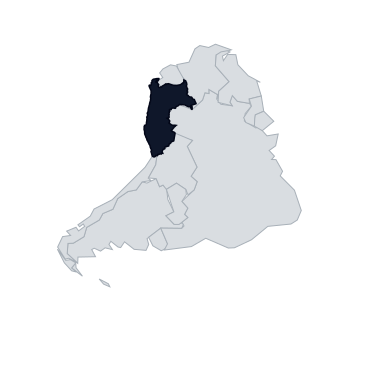 where Peru sits in South America, rotated 38°
{"feature_id": "PER", "entity_name": "Peru", "entity_type": "country or territory", "adm_level": 0, "iso_a3": "PER", "parent_name": "South America", "parent_adm1": "", "projection": "albers", "projection_center": [-73.974, -9.194], "detail": "fine", "context": "in_parent", "style": "filled", "palette": "ink", "viewbox_px": 384, "rotation_deg": 38, "n_neighbors": 12, "source": "natural_earth", "source_scale": "50m", "svg_char_len": 9737}
<svg xmlns="http://www.w3.org/2000/svg" viewBox="0 0 384 384"><g transform="rotate(38 192 192)"><path d="M144.0,319.4L147.3,323.1L157.5,325.8L143.9,326.0L144.0,319.4ZM189.6,239.7L185.3,256.4L190.2,260.0L191.7,266.3L181.7,272.8L169.5,272.8L170.0,279.7L167.6,280.9L158.4,280.8L158.8,284.4L164.7,286.4L157.9,289.5L156.3,294.9L149.6,296.5L148.4,299.1L155.8,302.4L142.2,313.5L145.9,318.6L131.6,317.4L125.9,308.9L130.0,305.4L134.4,293.7L130.8,284.7L136.2,271.1L135.0,263.8L140.3,254.3L137.5,242.9L141.2,231.1L146.8,224.7L146.5,214.7L151.0,212.7L155.5,203.5L163.2,207.8L164.9,204.4L169.6,204.7L177.6,212.8L189.9,218.8L186.1,226.8L197.9,228.5L204.7,221.1L206.3,227.0L189.6,239.7Z" fill="#d9dde1" stroke="#a8b0b8" stroke-width="1"/><path d="M144.0,319.4L143.9,326.0L150.3,326.2L145.7,328.2L135.0,326.4L121.1,319.9L134.6,323.6L137.8,320.2L144.0,319.4ZM142.0,184.9L146.7,192.9L149.0,207.8L152.5,208.3L146.5,214.7L146.8,224.7L141.2,231.1L137.5,242.9L140.3,254.3L135.0,263.8L136.2,271.1L130.8,284.7L134.4,293.7L130.0,305.4L125.9,308.9L131.6,317.4L144.3,318.4L135.6,320.1L133.4,322.9L120.0,318.1L117.5,306.8L123.1,301.0L117.3,300.0L122.3,291.2L126.6,292.5L128.6,285.1L126.0,284.2L124.8,288.6L122.3,288.1L126.7,273.7L125.3,265.7L133.9,247.2L139.8,201.4L138.7,188.2L142.0,184.9Z" fill="#d9dde1" stroke="#a8b0b8" stroke-width="1"/><path d="M172.4,317.7L182.6,315.8L185.6,317.3L179.2,319.0L172.4,317.7Z" fill="#d9dde1" stroke="#a8b0b8" stroke-width="1"/><path d="M189.6,239.7L204.6,247.9L206.8,250.7L204.0,257.2L194.3,258.5L185.7,254.4L189.6,239.7Z" fill="#d9dde1" stroke="#a8b0b8" stroke-width="1"/><path d="M205.9,254.8L204.6,247.9L189.6,239.7L206.3,227.0L206.6,223.7L202.6,221.8L204.4,214.7L199.9,214.2L198.6,207.3L189.8,205.7L192.4,189.0L189.7,180.7L181.6,180.2L180.6,169.3L160.2,159.0L160.6,151.1L148.0,156.4L138.3,156.2L138.7,149.6L131.4,152.0L126.9,149.4L123.7,140.9L128.4,131.1L141.4,126.9L143.7,113.1L141.1,105.8L144.7,104.0L142.1,100.8L152.1,99.5L154.1,103.5L160.8,105.1L170.6,99.3L166.6,97.9L164.4,91.2L172.0,92.6L182.7,86.8L186.0,87.8L185.6,97.4L189.5,103.8L203.0,102.2L203.2,99.2L216.5,101.6L224.2,93.2L229.5,104.1L227.2,111.8L234.9,113.0L234.7,117.4L238.2,114.8L250.6,119.9L251.6,125.0L271.6,127.5L289.5,139.3L292.2,149.3L289.7,156.3L272.9,172.4L268.3,193.0L259.8,209.8L255.1,213.8L231.3,220.0L225.1,235.4L205.9,254.8Z" fill="#d9dde1" stroke="#a8b0b8" stroke-width="1"/><path d="M142.6,156.0L160.6,151.1L160.2,159.0L180.6,169.3L181.6,180.2L189.7,180.7L192.4,189.0L190.6,196.7L185.5,193.8L174.3,194.6L170.2,205.7L164.9,204.4L163.2,207.8L155.5,203.5L149.0,207.8L146.7,192.9L142.0,184.9L146.2,163.1L142.6,156.0Z" fill="#d9dde1" stroke="#a8b0b8" stroke-width="1"/><path d="M155.0,103.0L152.1,99.5L142.1,100.8L144.7,104.0L141.1,105.8L143.7,113.1L141.4,126.9L138.0,124.4L140.8,120.0L127.7,118.1L118.8,108.3L108.6,106.4L101.6,100.9L109.7,91.6L106.2,77.3L108.0,71.8L116.1,67.9L119.5,61.1L135.4,55.8L126.7,69.1L132.7,78.2L153.3,82.2L151.0,96.2L155.0,103.0Z" fill="#d9dde1" stroke="#a8b0b8" stroke-width="1"/><path d="M182.7,86.8L172.0,92.6L164.4,91.2L166.6,97.9L170.6,99.3L157.4,105.3L151.0,96.2L153.3,82.2L132.7,78.2L126.7,69.1L128.6,63.7L132.8,59.0L135.7,58.3L132.3,66.2L135.9,69.2L135.4,61.6L142.0,56.8L149.8,63.5L164.7,65.8L178.3,63.5L174.5,64.6L187.5,73.7L179.8,83.5L182.7,86.8Z" fill="#d9dde1" stroke="#a8b0b8" stroke-width="1"/><path d="M200.6,101.7L191.7,104.1L186.9,101.6L186.0,87.8L179.8,83.5L187.5,73.7L198.8,84.2L194.4,92.2L200.6,101.7Z" fill="#d9dde1" stroke="#a8b0b8" stroke-width="1"/><path d="M209.6,100.4L200.6,101.7L196.2,95.4L194.4,92.2L198.8,84.2L212.9,85.9L209.6,100.4Z" fill="#d9dde1" stroke="#a8b0b8" stroke-width="1"/><path d="M117.6,108.8L116.9,114.9L106.9,121.2L103.5,128.0L95.7,127.6L98.5,119.8L93.2,118.1L93.3,113.0L96.8,105.0L102.2,102.3L117.6,108.8Z" fill="#d9dde1" stroke="#a8b0b8" stroke-width="1"/><path d="M189.2,197.5L189.8,205.7L198.6,207.3L199.9,214.2L204.4,214.7L201.8,225.5L197.9,228.5L186.1,226.8L189.9,218.8L170.2,205.7L174.3,194.6L185.5,193.8L189.2,197.5Z" fill="#d9dde1" stroke="#a8b0b8" stroke-width="1"/><path d="M141.1,126.6L141.1,126.9L141.0,127.0L140.7,127.0L140.4,126.8L140.2,126.9L139.9,126.9L139.6,126.6L139.5,126.4L139.2,126.2L138.7,126.3L138.2,126.3L137.8,126.2L137.5,126.3L137.2,126.5L137.0,126.8L136.7,127.1L136.0,127.2L135.6,127.2L135.3,127.4L134.7,127.4L134.4,127.6L133.0,127.7L132.4,128.0L131.9,128.3L131.2,128.8L130.8,128.9L130.2,129.4L129.6,129.9L129.3,130.1L128.7,130.3L128.4,130.4L128.3,130.5L128.1,132.0L128.0,132.6L127.6,133.3L127.2,133.9L127.0,134.3L126.9,134.7L127.0,134.9L127.3,135.7L127.4,136.0L127.3,136.3L127.2,136.5L126.9,136.7L126.5,136.7L125.8,137.2L124.9,137.9L124.7,138.2L124.5,138.9L124.5,139.2L124.7,139.4L124.8,139.7L124.8,140.0L124.7,140.1L124.2,140.1L123.9,140.2L123.8,140.3L123.8,140.6L123.8,140.8L123.6,141.0L124.1,141.5L124.4,141.8L124.6,141.9L124.8,142.0L124.8,142.4L124.6,142.5L125.0,143.1L125.1,143.3L125.3,143.6L125.3,143.8L125.5,144.1L125.6,144.3L125.6,144.5L126.2,145.0L126.4,145.1L126.4,145.5L126.6,145.8L127.0,146.1L128.0,147.3L128.0,147.9L127.0,149.2L127.8,149.2L128.7,149.2L129.6,149.4L130.2,149.5L130.5,149.6L130.8,149.8L131.0,150.4L131.1,150.8L131.4,151.1L131.4,151.8L133.8,151.8L135.0,151.7L135.4,151.6L135.9,151.1L136.3,151.0L136.6,150.8L136.9,150.3L137.2,150.2L137.5,149.9L137.8,149.7L138.0,149.5L138.4,149.3L138.3,149.6L138.2,149.8L138.2,150.1L138.3,150.5L138.2,150.8L138.0,151.0L137.9,156.2L138.1,156.1L138.4,156.0L138.7,156.3L139.0,156.5L139.4,156.5L139.7,156.4L140.4,156.1L140.8,155.9L141.3,155.9L142.0,156.0L142.4,156.0L146.1,162.9L145.8,163.3L145.8,163.7L145.6,163.9L145.4,164.0L145.1,164.3L144.9,164.5L144.9,166.7L144.8,167.2L144.7,167.6L144.4,168.0L144.6,168.4L144.8,169.3L145.0,169.5L145.2,169.8L145.3,170.1L145.2,170.3L144.8,170.4L144.7,170.6L144.6,171.0L144.2,171.4L143.8,171.9L143.7,172.0L143.5,172.6L143.2,172.8L143.1,173.2L143.1,173.6L143.3,173.9L143.9,174.6L143.9,174.8L143.6,175.2L143.4,175.5L142.9,176.4L142.9,176.5L143.0,176.9L143.7,178.8L143.8,178.9L144.0,179.1L144.4,179.1L144.9,179.3L145.2,179.5L144.5,180.0L144.4,180.2L144.4,180.5L144.5,180.9L144.3,181.0L144.0,181.2L143.7,181.4L143.4,181.8L142.9,182.4L142.8,182.6L142.7,182.8L142.4,182.9L141.9,183.3L141.8,183.5L142.2,183.9L142.3,184.1L142.4,184.4L142.4,184.6L142.1,184.9L141.6,185.2L141.1,185.3L140.9,185.5L141.0,185.8L141.1,186.3L141.1,186.7L141.0,187.2L140.6,187.6L140.0,188.0L139.5,188.1L139.1,188.1L138.7,188.2L138.2,187.9L136.9,186.9L136.4,186.4L135.9,186.2L134.7,185.3L134.6,185.1L134.5,184.2L134.3,183.9L133.9,183.6L132.9,183.2L132.5,183.0L132.1,182.6L131.5,182.4L130.9,181.8L130.5,181.4L130.0,181.1L128.7,180.7L128.0,180.2L126.7,179.7L126.1,179.3L124.8,178.9L124.4,178.6L123.0,177.6L122.1,177.3L121.3,176.7L119.0,175.4L118.6,175.0L118.3,174.4L117.7,174.0L117.2,173.2L116.3,172.7L115.5,172.0L115.2,171.4L114.6,170.7L114.5,170.3L114.0,169.9L113.9,169.1L113.6,168.7L113.8,168.5L114.1,168.4L114.4,167.2L114.2,166.5L113.4,165.4L113.0,164.8L112.8,164.1L112.5,163.7L111.9,162.9L111.6,162.1L110.9,161.5L110.7,161.3L110.6,161.0L110.2,160.8L110.2,160.2L109.9,159.1L109.6,158.5L108.2,157.5L108.1,157.1L108.0,156.3L107.7,155.5L106.2,153.0L105.8,152.2L105.4,151.0L105.0,150.3L104.6,149.1L104.0,148.2L103.7,147.4L103.3,146.4L103.2,145.8L102.5,144.9L102.1,144.0L101.5,143.3L100.8,142.8L100.5,142.4L99.6,140.6L99.5,140.1L98.8,139.1L98.2,138.4L97.8,137.8L97.3,137.3L94.2,135.7L93.2,135.1L92.8,134.8L92.6,134.3L92.7,134.0L93.0,133.7L93.4,133.9L93.7,133.8L93.9,133.4L93.9,132.9L93.6,132.2L92.6,130.9L92.7,130.6L92.9,130.3L92.5,129.6L92.0,129.1L91.8,128.7L92.0,127.2L92.2,126.8L93.7,125.2L94.1,124.6L94.7,124.2L95.3,123.5L96.1,123.0L96.3,123.2L96.4,123.5L96.5,123.6L96.5,123.9L96.6,124.0L96.6,124.4L96.6,124.6L96.6,124.8L96.8,125.2L96.7,125.3L96.4,125.5L96.0,125.7L95.7,125.6L95.4,125.8L95.4,126.0L95.4,126.3L95.5,126.5L96.1,126.6L95.5,127.4L95.5,127.6L95.8,127.7L96.3,127.5L96.7,127.1L97.0,127.0L97.3,127.1L97.8,127.4L98.3,127.6L98.5,127.8L99.2,127.7L99.7,128.0L99.8,128.6L100.0,129.0L100.5,129.7L100.8,129.8L101.2,129.8L101.6,130.0L101.8,129.9L102.1,129.4L102.3,129.4L102.3,129.2L102.4,128.7L102.6,128.5L103.3,128.1L103.4,127.6L103.3,127.3L103.3,127.0L103.6,126.3L103.9,125.5L104.0,125.4L104.2,124.9L104.4,124.6L104.4,124.3L104.5,124.2L104.5,123.8L104.7,123.1L104.8,122.9L105.0,123.0L105.2,123.3L105.4,123.3L105.5,123.2L105.4,123.0L105.4,122.9L105.4,122.7L106.5,121.4L106.8,121.1L109.0,120.4L111.9,119.3L114.5,117.4L116.4,115.1L116.8,114.7L117.5,112.1L117.7,112.3L118.0,112.3L118.1,112.2L118.0,111.2L118.0,110.9L118.1,110.6L117.8,110.3L117.4,109.9L117.2,109.5L117.1,109.2L116.5,108.8L116.5,108.6L117.1,108.8L117.7,108.7L118.0,108.6L118.2,108.3L118.4,108.3L118.6,108.3L119.2,108.8L119.5,108.9L119.7,109.0L119.9,109.0L120.1,109.0L120.3,109.4L120.6,109.5L120.9,109.7L121.6,110.3L121.8,110.6L122.0,111.1L122.1,111.4L122.2,111.6L122.2,111.8L122.4,112.1L122.5,112.3L122.8,112.4L123.4,112.5L123.7,112.8L123.9,113.0L124.2,113.3L124.5,113.4L124.8,113.3L125.1,113.5L125.3,113.8L125.5,114.2L125.7,114.4L125.8,114.7L125.7,115.2L125.8,115.4L126.1,115.6L126.5,115.8L126.8,115.8L127.0,115.8L127.1,116.0L127.4,117.1L127.3,117.4L127.2,117.7L127.3,118.0L128.0,118.2L128.2,118.5L128.5,118.5L128.8,118.5L129.2,118.5L129.5,118.3L130.6,118.6L131.0,118.6L131.4,118.5L131.7,118.4L132.1,118.2L132.4,118.2L132.6,118.0L133.2,117.5L133.4,117.5L134.3,117.8L134.5,118.0L134.8,118.1L135.0,118.3L135.4,118.3L135.8,118.2L136.2,117.9L136.8,117.7L137.1,117.8L138.0,118.3L138.2,118.6L138.5,118.7L138.8,118.8L139.2,119.0L139.5,119.1L139.8,119.2L140.0,119.5L140.3,119.6L140.6,119.7L140.8,119.9L140.8,120.0L140.7,120.1L137.8,124.6L138.7,125.0L138.9,125.0L139.2,124.9L139.3,124.8L139.5,124.7L139.9,125.0L140.1,125.5L140.3,125.8L140.6,126.0L140.9,126.3L141.1,126.6Z" fill="#0f172a" stroke="#020617" stroke-width="1.5"/></g></svg>